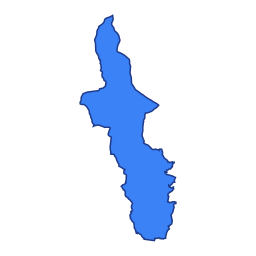 Berevoesti, Arges, Romania (orthographic projection)
{"feature_id": "2599482B57006778213349", "entity_name": "Berevoesti", "entity_type": "district", "adm_level": 2, "iso_a3": "ROU", "parent_name": "Romania", "parent_adm1": "Arges", "projection": "orthographic", "projection_center": [24.929, 45.318], "detail": "fine", "context": "isolated", "style": "filled", "palette": "blue", "viewbox_px": 256, "rotation_deg": 0, "n_neighbors": 0, "source": "geoboundaries", "source_scale": "gbopen_adm2", "svg_char_len": 5982}
<svg xmlns="http://www.w3.org/2000/svg" viewBox="0 0 256 256"><path d="M174.7,182.1L174.2,181.8L174.2,181.2L174.6,179.6L175.5,177.4L174.4,177.1L173.5,176.5L172.5,176.2L172.1,175.8L171.6,175.8L170.5,175.4L170.0,175.4L168.8,174.9L167.1,174.7L165.6,173.6L165.1,172.8L164.8,171.7L165.1,171.7L165.4,171.9L166.9,172.3L166.6,171.1L166.6,170.4L167.0,170.1L167.9,170.0L168.2,169.7L169.5,168.9L169.8,168.6L170.2,168.8L170.3,168.7L170.6,168.8L171.0,168.2L171.4,167.9L171.8,167.4L171.8,166.8L172.4,166.7L172.5,165.3L172.4,164.9L172.5,163.7L173.1,163.2L173.2,163.7L173.7,163.4L173.7,162.8L174.2,162.5L174.1,162.1L173.6,162.3L172.8,162.2L172.4,161.8L171.5,162.0L169.8,162.7L169.3,162.2L167.9,162.2L168.0,161.8L168.0,161.4L167.5,160.6L167.2,160.2L165.8,159.3L164.2,157.8L163.7,157.2L163.2,155.7L162.5,155.0L162.3,154.2L162.5,153.6L162.5,153.1L162.6,152.4L162.5,151.7L161.9,150.8L161.9,149.7L161.7,149.3L160.6,149.1L159.7,149.2L159.3,150.4L158.3,149.6L157.6,149.7L155.6,149.2L154.4,149.3L154.2,149.5L154.0,149.4L153.0,149.5L152.2,149.3L151.3,148.4L150.9,147.8L150.2,147.3L148.6,145.6L147.7,145.0L146.9,144.6L145.7,144.4L144.5,143.4L143.7,142.9L143.6,142.4L144.0,141.8L144.1,141.3L143.9,140.3L143.2,139.2L143.0,138.7L143.0,138.2L142.9,137.7L142.2,136.4L142.0,135.8L142.3,132.9L142.8,131.2L142.8,126.8L143.2,124.5L143.1,124.0L143.3,122.7L143.5,122.3L143.7,121.6L143.5,121.1L143.5,120.2L144.8,118.1L144.8,115.6L145.3,113.2L147.7,112.8L151.1,111.5L152.6,110.6L154.4,108.8L156.2,107.9L157.9,106.2L158.7,105.2L156.7,103.6L152.7,101.4L150.8,100.0L148.6,98.9L145.0,96.5L142.4,94.4L141.6,94.3L140.2,93.0L135.3,89.5L134.0,87.1L131.6,83.6L131.2,77.1L130.6,75.3L130.0,72.2L130.3,70.4L130.3,69.2L130.6,66.3L129.6,63.7L129.6,61.0L129.2,59.3L124.4,55.2L123.3,54.5L120.1,52.8L119.0,52.5L117.9,52.0L117.0,50.9L116.9,50.2L117.2,49.0L117.2,48.1L117.8,45.3L119.5,41.7L119.9,40.5L119.8,39.5L119.4,38.3L118.8,35.7L118.2,34.6L117.4,33.3L116.2,32.1L115.7,31.8L114.6,30.7L113.6,27.5L111.9,25.3L111.6,23.7L111.7,23.3L111.8,22.7L112.9,20.3L113.1,18.5L112.9,17.8L112.8,16.1L112.6,15.4L111.7,16.0L108.8,17.4L107.2,17.7L105.2,18.9L104.6,19.8L104.2,21.7L102.7,23.7L98.7,26.6L98.8,27.4L98.4,28.8L97.7,29.2L97.0,31.1L96.9,33.4L96.5,35.3L95.6,37.8L95.0,38.7L94.7,40.4L95.5,43.4L95.8,51.0L97.0,53.7L98.3,55.3L98.8,58.2L99.8,60.2L100.4,60.1L100.5,61.2L100.1,63.0L101.0,65.3L101.0,67.2L101.3,67.9L101.1,69.2L100.5,70.2L100.6,70.7L102.2,71.8L102.5,72.2L101.9,74.8L102.4,77.3L103.7,78.5L104.0,80.3L104.5,80.8L105.6,81.2L106.0,81.9L106.0,82.3L105.4,86.2L102.9,88.2L99.8,88.7L98.7,90.6L87.3,92.1L83.1,93.7L81.2,97.4L81.1,100.7L80.1,102.3L80.2,103.9L81.3,104.4L84.2,104.5L86.7,106.6L89.2,110.8L89.5,113.7L90.3,114.9L91.0,117.8L92.0,120.2L91.9,120.9L92.2,122.2L93.0,123.6L94.0,124.4L93.4,126.3L94.6,125.7L96.6,125.3L97.0,125.0L98.3,125.2L99.3,125.1L100.7,125.9L101.5,126.0L104.8,127.4L106.4,127.2L107.2,127.2L109.8,127.5L110.1,127.8L110.1,128.1L110.0,128.5L109.7,129.6L109.1,130.9L108.8,132.0L108.3,133.4L108.2,134.1L108.3,134.9L108.8,135.5L110.1,136.5L111.2,137.0L111.4,137.3L111.4,137.9L111.1,138.2L111.0,138.7L111.1,139.2L110.9,140.3L110.5,144.6L110.2,145.9L110.3,149.7L110.5,150.7L110.9,151.8L110.6,153.9L110.8,154.1L111.1,154.2L113.6,154.3L114.1,154.5L114.3,154.8L114.4,155.5L114.9,156.4L116.0,157.7L116.3,158.8L116.5,159.6L117.0,160.8L118.0,163.0L118.9,164.3L119.0,165.0L118.9,166.2L119.2,166.5L120.2,166.7L121.1,167.4L122.0,167.7L122.4,168.3L122.7,168.5L124.9,169.5L124.7,170.1L123.9,170.8L124.0,171.7L123.8,173.0L124.0,173.4L124.9,174.1L125.4,174.2L126.1,174.7L126.5,175.7L126.2,176.7L126.3,178.5L125.9,181.3L125.5,182.2L126.0,182.6L125.7,183.2L124.1,184.5L122.8,184.8L121.3,186.3L121.7,186.5L122.2,187.8L123.2,188.9L123.2,189.7L124.0,189.8L124.3,190.1L124.5,190.6L125.0,191.0L125.3,192.6L125.1,194.6L125.6,196.2L126.9,197.2L128.0,197.8L128.2,198.1L128.2,198.6L129.0,199.3L130.1,200.0L130.6,200.9L131.4,201.6L132.2,202.8L132.5,203.6L131.5,205.8L131.4,207.0L131.5,207.3L131.5,208.0L132.1,209.0L132.3,210.4L132.4,210.6L130.8,211.5L130.7,211.8L131.0,212.5L131.4,212.7L131.5,213.1L130.4,214.2L130.0,215.0L130.0,215.4L130.1,216.7L130.3,217.0L130.6,217.4L130.4,217.8L130.4,218.5L131.0,219.0L131.6,220.4L132.1,221.2L132.5,221.6L133.7,222.6L133.9,223.0L133.9,223.9L134.3,225.8L134.2,227.3L134.4,228.0L135.5,229.7L135.6,230.3L135.5,230.7L136.2,232.2L136.1,233.0L136.9,233.4L137.1,233.0L136.6,232.5L136.7,232.3L137.1,232.2L137.3,232.6L137.7,232.7L138.0,233.4L138.6,233.2L139.6,234.0L139.8,234.0L140.4,234.3L141.1,234.8L142.2,236.8L143.0,237.7L143.6,237.8L143.6,238.1L144.2,238.4L144.1,239.2L145.4,239.4L154.3,240.6L154.5,240.2L154.8,239.7L154.9,238.7L154.6,238.5L154.7,238.4L157.2,238.3L158.0,238.1L158.6,237.8L158.8,238.0L159.4,237.8L160.3,238.3L160.3,238.6L160.7,238.5L161.0,238.7L162.2,238.7L163.1,239.0L164.6,238.3L165.3,238.4L165.6,238.3L165.9,235.5L166.5,233.4L166.4,232.9L166.5,232.6L167.1,231.8L167.4,230.7L167.8,230.5L168.3,229.8L169.3,229.0L168.4,227.0L169.2,226.4L169.6,225.6L169.3,225.6L170.4,224.9L171.6,224.0L171.8,223.2L171.7,222.7L172.2,222.0L172.1,221.2L172.2,220.3L171.7,219.6L172.0,218.9L171.4,217.6L171.5,216.6L171.0,215.7L171.1,214.9L171.6,214.0L172.5,212.8L173.0,211.3L173.3,209.8L174.1,207.3L174.1,206.9L173.6,205.7L173.8,204.0L174.1,203.8L175.9,203.5L175.9,203.0L175.9,202.2L174.5,201.7L173.0,201.9L172.4,201.8L170.5,202.5L169.2,202.6L168.5,201.5L168.3,201.4L167.6,201.7L167.5,201.3L167.8,200.6L168.0,199.7L168.4,199.0L168.1,198.2L168.6,197.6L168.3,196.8L168.6,196.5L168.8,196.2L168.7,196.0L168.1,195.5L167.8,195.0L168.2,193.9L168.3,193.6L168.8,193.3L169.2,192.7L169.7,192.4L169.9,192.1L170.2,192.2L170.8,191.6L171.3,191.5L171.9,191.1L172.7,190.2L173.1,189.4L173.7,188.8L173.6,188.5L173.3,188.1L173.5,187.0L173.4,187.0L173.1,187.2L172.9,187.1L172.5,187.7L172.2,187.9L171.2,187.9L170.8,187.5L170.1,187.4L169.2,186.9L169.1,186.6L169.5,186.3L168.7,185.5L168.7,185.2L169.7,186.1L171.6,184.4L172.1,183.8L172.4,183.1L172.7,182.7L173.7,182.3L174.4,182.3L174.7,182.1Z" fill="#3b82f6" stroke="#1e3a8a" stroke-width="1.5"/></svg>